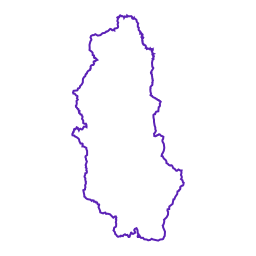 Mueang Mae Hong Son, Mae Hong Son, Thailand
{"feature_id": "78962969B54063413445494", "entity_name": "Mueang Mae Hong Son", "entity_type": "district", "adm_level": 2, "iso_a3": "THA", "parent_name": "Thailand", "parent_adm1": "Mae Hong Son", "projection": "equal_earth", "projection_center": [98.008, 19.287], "detail": "fine", "context": "isolated", "style": "outline", "palette": "violet", "viewbox_px": 256, "rotation_deg": 0, "n_neighbors": 0, "source": "geoboundaries", "source_scale": "gbopen_adm2", "svg_char_len": 5739}
<svg xmlns="http://www.w3.org/2000/svg" viewBox="0 0 256 256"><path d="M181.6,170.5L180.0,170.4L178.5,169.5L176.9,170.8L176.2,170.7L174.5,168.7L173.3,168.3L172.3,166.0L171.6,165.3L170.9,165.2L170.2,165.6L168.7,164.9L167.9,163.9L166.4,163.0L166.4,161.4L165.7,160.1L163.8,158.5L162.6,156.2L161.6,156.1L161.6,155.6L162.1,153.9L162.7,153.1L163.8,150.7L164.3,147.8L163.8,143.9L162.5,141.5L162.4,140.6L162.5,139.8L163.1,139.0L163.4,136.8L162.5,136.2L161.2,135.9L159.6,134.3L158.8,134.3L158.4,134.9L157.2,135.1L156.8,135.7L155.2,136.3L154.2,135.9L154.3,135.0L154.0,133.8L155.1,132.5L155.9,130.8L155.3,129.3L155.3,127.5L154.6,125.5L154.0,121.8L154.0,119.8L153.5,117.6L153.4,115.0L154.5,114.0L155.1,114.1L155.7,112.4L156.2,111.7L158.3,111.3L158.7,107.2L159.7,106.4L160.0,105.0L159.7,103.8L160.7,101.7L160.0,101.0L159.1,100.8L158.7,100.0L157.5,99.9L156.6,98.8L155.5,98.6L155.1,98.0L153.3,97.3L152.5,96.7L152.1,95.9L151.5,95.9L150.5,95.1L151.1,93.8L150.5,91.8L150.3,89.0L150.6,88.5L150.4,87.1L151.7,85.4L152.2,85.2L152.5,83.9L152.2,82.7L152.6,82.3L152.6,80.8L152.9,80.3L152.5,79.6L152.6,78.9L152.3,78.5L152.2,76.8L151.9,75.8L152.0,74.7L151.4,73.9L151.5,73.2L151.0,73.2L150.9,72.7L151.3,71.6L153.3,68.2L153.2,67.6L152.3,66.8L152.0,62.8L152.5,60.2L153.0,59.6L152.7,58.9L153.5,58.8L153.2,57.1L153.8,56.7L153.9,56.2L153.2,55.9L152.7,54.9L153.2,54.1L153.8,53.8L153.0,53.4L152.7,54.2L152.4,54.2L152.5,53.2L152.0,51.7L152.6,50.3L152.0,50.3L152.3,49.5L151.6,49.9L151.5,49.0L150.5,49.2L150.2,48.6L149.8,49.3L148.8,48.6L147.8,48.9L147.3,48.5L146.8,48.8L146.6,47.9L146.0,47.9L146.3,47.4L145.8,47.0L145.8,46.0L145.3,45.3L143.9,44.9L143.5,44.0L143.2,44.2L142.7,43.4L142.3,41.1L142.6,40.9L142.2,40.3L142.3,39.4L142.1,38.6L143.0,38.2L143.3,37.6L142.9,37.2L141.5,37.0L141.6,36.4L142.3,36.0L142.6,34.6L142.4,34.3L141.7,34.5L141.4,33.5L140.3,33.6L140.7,32.4L140.1,32.2L139.8,31.0L138.8,30.2L138.6,29.2L138.8,27.7L137.8,26.8L137.8,24.7L138.2,23.5L136.8,21.8L136.4,19.8L134.7,18.5L134.3,18.6L134.0,17.7L133.1,18.8L132.5,18.6L132.1,18.1L132.0,16.9L131.4,16.2L128.3,16.3L127.3,15.6L127.3,16.5L126.9,16.9L126.1,16.4L125.4,16.8L124.8,16.5L124.1,17.7L123.9,16.9L122.3,16.1L121.9,16.3L121.4,15.9L120.5,15.9L120.1,15.4L119.7,15.7L119.5,16.8L119.1,17.3L118.1,17.0L117.3,17.5L118.0,18.8L117.3,21.0L118.2,22.7L117.6,24.2L118.1,26.4L117.9,27.5L117.0,28.1L114.6,28.6L114.2,29.3L114.3,30.4L113.3,29.9L112.4,30.3L111.7,29.9L111.4,29.3L110.2,28.9L108.1,31.0L106.7,31.7L106.3,31.5L104.8,32.9L102.5,33.2L100.5,35.1L97.8,35.6L95.3,34.2L93.9,35.1L92.6,35.1L91.0,36.0L90.5,37.6L91.1,38.6L91.4,39.8L90.4,41.4L89.5,44.9L89.7,48.2L89.5,50.0L91.7,51.7L92.6,52.7L92.7,55.1L94.0,55.5L94.2,56.4L93.9,57.1L94.4,58.1L95.4,58.0L97.3,59.9L95.5,60.7L95.3,61.2L94.6,61.1L93.7,61.5L93.6,62.4L94.1,63.7L93.4,64.9L92.3,65.0L91.3,65.4L90.9,65.9L90.5,66.9L90.7,67.6L90.7,68.6L90.2,68.9L90.1,69.9L88.3,70.8L87.1,72.3L86.9,73.4L86.2,73.7L86.0,74.3L85.6,74.5L85.2,76.3L84.3,76.8L83.1,78.6L82.9,79.5L82.8,82.5L81.6,84.6L80.0,86.2L80.0,86.9L79.7,87.6L79.1,88.2L77.9,88.5L77.7,89.8L77.2,90.4L73.6,90.8L73.0,92.5L73.4,93.6L74.6,93.6L76.2,95.5L77.3,95.9L77.5,96.9L76.9,98.2L77.8,99.6L76.5,101.0L76.8,103.5L76.4,105.2L75.9,105.7L76.0,106.9L77.0,107.7L77.2,108.4L77.9,109.1L78.3,109.1L78.5,110.1L79.6,111.0L79.3,111.6L78.9,111.8L79.2,113.1L79.9,113.3L80.3,114.3L81.6,114.6L81.7,115.5L82.5,116.4L82.5,117.3L82.0,118.8L83.2,120.5L83.2,123.0L84.5,123.8L85.9,123.7L86.4,124.7L86.3,125.3L86.6,126.1L86.5,127.1L85.7,126.6L83.8,126.7L82.4,129.3L81.5,129.4L80.3,128.7L79.4,129.2L78.9,130.3L78.5,129.4L77.9,129.0L77.8,127.8L76.7,127.3L76.4,128.2L75.4,129.2L75.0,128.8L74.1,129.2L73.7,131.9L73.0,132.2L73.0,133.0L72.6,133.4L72.3,134.1L72.5,135.3L74.4,135.6L74.7,136.3L76.8,137.3L78.6,138.7L79.1,139.6L79.3,141.0L80.5,143.5L82.2,143.5L82.7,144.0L82.4,146.4L83.5,146.4L86.2,147.8L86.4,148.0L86.3,149.0L87.1,150.9L87.1,155.0L85.6,156.2L85.4,157.1L86.0,158.6L86.0,159.6L86.9,161.5L85.6,165.1L86.1,166.2L85.8,167.6L86.6,168.4L86.3,170.4L86.8,170.9L86.9,172.1L86.6,172.9L85.3,173.3L85.2,174.8L84.5,176.3L84.6,177.0L85.4,178.3L85.2,179.2L85.6,181.3L86.0,181.9L85.7,182.5L85.9,183.5L85.1,185.2L85.4,187.5L85.0,188.4L85.0,189.5L83.3,190.2L84.3,195.1L84.3,196.6L85.4,197.3L85.7,198.0L87.3,199.1L90.5,199.7L91.7,200.9L92.4,200.3L93.7,200.5L94.1,201.8L95.7,201.7L96.0,202.5L97.1,202.5L97.7,204.3L99.1,204.5L99.2,204.9L98.5,207.1L100.1,210.8L100.1,211.9L100.3,212.4L103.1,213.4L104.1,212.8L105.4,212.6L106.1,213.9L107.8,213.7L110.0,214.3L113.3,217.7L114.9,216.5L115.8,216.4L116.4,217.7L115.8,219.1L116.3,219.9L115.8,222.4L116.2,223.5L116.1,226.1L115.8,226.8L114.3,227.6L114.0,228.4L114.0,229.3L113.5,230.4L114.8,232.0L115.3,234.1L116.0,234.5L117.1,236.1L118.1,236.8L119.4,236.3L120.5,236.4L120.9,235.7L122.9,236.1L123.5,235.1L125.0,234.3L126.0,235.1L127.4,234.9L128.6,237.0L129.1,237.0L129.7,236.6L129.9,235.3L130.5,234.4L131.0,232.7L131.3,232.6L132.5,233.8L133.1,233.9L135.2,232.7L135.2,232.2L134.2,230.1L134.9,228.9L136.5,228.2L137.5,230.1L137.8,233.4L138.4,234.0L137.6,236.4L137.8,237.0L139.0,237.0L139.7,235.9L140.5,237.3L141.1,237.9L143.0,237.8L144.2,239.3L146.7,239.5L148.2,240.3L150.2,239.9L151.7,238.8L152.8,239.4L158.2,240.6L160.2,239.5L162.4,239.3L163.2,238.9L164.1,236.7L164.7,236.0L165.0,231.7L163.1,227.3L163.1,226.5L162.7,225.5L163.4,224.7L164.0,222.9L164.3,220.9L164.0,219.8L166.6,217.3L168.0,214.7L168.1,211.8L167.4,210.7L167.6,209.3L169.2,209.1L169.3,206.5L172.6,203.9L173.4,199.4L174.3,199.3L175.3,196.8L177.2,194.1L177.5,191.4L178.9,190.8L179.2,189.9L180.1,189.4L180.4,188.0L180.2,187.3L180.4,186.8L181.6,185.8L182.6,185.7L183.3,184.9L183.7,182.7L182.9,182.2L182.5,180.3L181.0,179.1L181.7,178.0L181.8,177.3L181.7,176.4L180.9,174.9L181.5,172.9L181.3,171.8L181.6,170.5Z" fill="none" stroke="#5b21b6" stroke-width="2"/></svg>